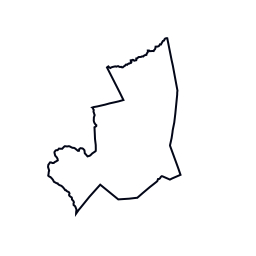 Jenipapo dos Vieiras, Maranhão, Brazil, rotated 198°
{"feature_id": "56859067B54788790955635", "entity_name": "Jenipapo dos Vieiras", "entity_type": "district", "adm_level": 2, "iso_a3": "BRA", "parent_name": "Brazil", "parent_adm1": "Maranhão", "projection": "orthographic", "projection_center": [-45.494, -5.415], "detail": "fine", "context": "isolated", "style": "outline", "palette": "ink", "viewbox_px": 256, "rotation_deg": 198, "n_neighbors": 0, "source": "geoboundaries", "source_scale": "gbopen_adm2", "svg_char_len": 2934}
<svg xmlns="http://www.w3.org/2000/svg" viewBox="0 0 256 256"><g transform="rotate(198 128 128)"><path d="M191.5,71.2L191.9,69.8L192.4,68.4L192.0,66.2L190.5,64.1L189.8,63.0L189.8,61.7L189.4,60.0L189.3,59.1L189.1,58.0L187.6,57.4L186.6,57.4L184.7,56.4L183.5,55.6L182.9,55.1L181.9,54.0L178.8,53.4L177.8,53.6L177.3,53.1L176.5,52.8L175.6,52.5L174.7,52.5L173.4,52.4L172.3,51.9L171.2,51.4L170.4,50.8L169.4,50.2L168.6,49.5L167.8,49.7L166.9,49.1L165.6,48.9L164.2,48.6L163.4,47.7L163.4,46.1L162.6,45.3L161.4,44.9L160.0,44.5L159.6,43.8L159.2,42.7L158.3,42.2L157.5,41.8L156.5,40.7L156.5,39.4L155.9,37.9L154.4,37.4L153.5,36.6L151.7,34.3L151.5,32.9L151.1,31.2L150.9,30.5L149.5,35.1L148.7,37.0L143.4,50.8L136.9,65.5L135.6,65.0L115.2,57.1L104.9,61.2L98.6,64.1L97.6,64.5L93.8,70.8L88.9,78.7L87.4,80.9L84.2,85.7L83.7,86.7L83.7,88.7L82.6,89.2L82.1,89.9L81.6,91.8L81.0,92.6L80.2,92.7L72.2,91.9L70.4,93.7L63.6,99.7L67.2,104.5L68.9,106.7L80.9,122.0L82.3,123.8L82.7,124.5L83.4,131.8L84.3,137.3L84.8,139.8L85.7,147.5L87.4,156.1L91.5,174.8L92.2,177.1L92.5,178.8L104.6,201.1L107.6,206.2L118.4,225.5L119.4,225.2L120.3,224.5L120.7,223.6L120.7,222.4L121.7,221.5L121.9,220.7L122.0,219.9L122.3,218.8L122.4,217.7L123.5,217.4L123.6,216.4L124.1,215.3L125.0,214.6L125.9,214.3L126.9,213.9L126.7,212.7L126.6,211.8L126.8,211.0L127.2,210.2L127.4,209.1L128.5,208.8L129.8,208.3L131.0,207.8L131.9,208.2L133.1,207.8L132.6,206.5L132.8,205.6L133.2,204.6L133.1,203.2L134.4,202.5L135.1,201.8L135.6,200.7L136.7,200.5L137.5,199.7L138.4,199.3L139.9,198.7L140.7,197.2L141.6,196.7L141.2,195.8L141.1,195.0L142.0,194.5L142.9,193.9L143.9,194.4L144.8,194.2L145.4,193.6L146.3,193.2L145.9,192.2L145.1,191.9L145.3,190.8L146.0,190.4L146.6,189.7L147.3,189.5L148.0,188.6L148.4,187.8L149.4,187.8L149.9,187.0L150.3,186.0L151.1,185.2L151.7,184.1L152.5,183.8L153.3,184.1L154.3,183.6L155.2,183.5L156.3,183.8L157.2,183.4L158.1,182.7L159.1,182.7L160.5,181.9L161.8,181.1L162.7,180.4L163.3,179.6L164.7,179.9L165.7,180.5L166.3,179.8L166.7,179.1L148.7,161.1L147.0,159.4L141.0,153.2L145.2,150.4L148.7,148.3L153.0,145.8L156.9,143.2L163.9,139.0L167.1,137.3L168.3,136.4L167.5,136.1L166.9,135.2L166.2,134.6L166.0,133.6L165.8,132.7L165.1,131.9L164.6,131.1L163.7,130.0L163.7,128.4L163.7,127.4L163.4,126.4L163.1,125.3L162.8,124.3L162.2,123.3L161.4,122.4L160.3,121.5L159.0,120.9L158.8,120.0L159.5,119.0L160.1,118.3L157.7,112.0L156.0,107.4L153.4,101.8L152.0,97.7L151.6,96.2L152.0,95.5L154.2,92.7L155.0,91.0L155.8,89.8L157.7,88.5L160.3,90.1L161.2,90.5L161.7,91.5L162.0,92.2L162.6,93.4L164.2,94.3L165.0,94.5L167.0,94.1L167.9,92.7L167.6,91.2L168.5,90.8L172.3,92.3L173.3,92.4L174.7,92.0L176.3,92.2L177.7,92.5L178.7,92.4L180.2,91.6L182.4,91.2L183.1,90.3L184.2,87.9L185.8,87.4L187.3,87.1L187.8,85.8L188.2,85.1L189.0,84.9L189.9,84.3L190.5,82.4L190.2,81.6L188.7,79.2L186.6,78.0L185.4,76.8L184.8,75.5L186.2,73.9L187.3,72.8L187.8,71.8L189.1,71.3L190.4,71.5L191.5,71.2Z" fill="none" stroke="#020617" stroke-width="2"/></g></svg>